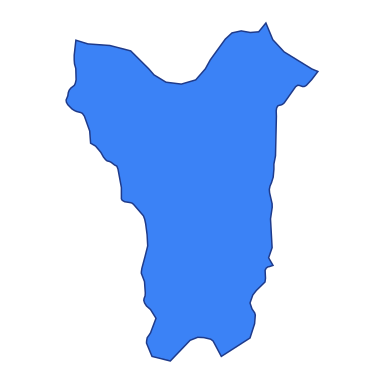 an SVG outline of Lhuntshi
{"feature_id": "BTN-2483", "entity_name": "Lhuntshi", "entity_type": "District", "adm_level": 1, "iso_a3": "BTN", "parent_name": "Bhutan", "parent_adm1": "", "projection": "equal_earth", "projection_center": [91.057, 27.736], "detail": "fine", "context": "isolated", "style": "filled", "palette": "blue", "viewbox_px": 384, "rotation_deg": 0, "n_neighbors": 0, "source": "natural_earth", "source_scale": "10m", "svg_char_len": 1686}
<svg xmlns="http://www.w3.org/2000/svg" viewBox="0 0 384 384"><path d="M75.9,40.2L87.8,43.9L109.9,45.5L130.7,50.9L148.8,68.9L154.0,74.9L166.0,82.2L181.3,84.1L195.7,79.9L205.3,68.9L210.4,59.7L225.3,39.1L232.0,32.9L241.2,30.9L250.3,32.5L258.7,31.8L265.9,23.0L272.8,39.7L284.1,51.9L311.7,68.9L317.9,71.5L311.7,79.6L306.4,85.3L304.6,86.4L302.8,86.6L299.3,85.4L297.7,85.3L295.6,86.7L284.2,102.9L282.5,104.3L280.9,105.0L279.2,105.3L277.7,106.0L276.6,108.1L276.2,110.9L276.4,116.4L275.5,155.8L273.9,164.0L273.9,169.2L273.2,177.1L271.5,182.6L270.0,186.1L269.3,189.5L269.6,192.9L272.1,203.7L272.2,207.3L270.5,218.9L272.1,247.7L268.6,257.8L273.0,265.4L269.4,266.6L267.9,266.9L266.2,268.1L265.1,270.3L265.5,278.2L265.0,282.0L256.4,290.4L252.8,295.0L250.0,303.0L252.0,308.9L254.7,312.9L255.3,315.1L254.6,323.7L250.0,338.0L221.3,356.4L213.1,341.0L210.7,339.2L203.9,337.6L197.7,337.3L190.1,340.3L170.3,361.0L152.0,356.4L146.5,343.1L146.6,340.9L147.2,337.7L148.8,335.5L150.5,332.9L156.0,318.3L150.5,309.5L146.5,306.0L144.6,303.0L143.8,300.4L144.1,298.4L145.1,295.9L145.3,293.0L144.5,281.6L141.3,273.2L141.4,271.4L141.9,268.2L145.2,255.9L147.7,245.9L147.1,234.8L145.7,224.0L144.7,219.2L143.4,215.8L133.5,204.3L131.8,203.0L130.2,202.6L124.6,201.7L122.2,200.3L121.4,198.8L121.4,187.6L118.0,169.1L116.8,166.1L114.6,165.0L111.1,162.3L109.5,161.5L107.1,160.9L105.6,159.7L103.5,157.1L100.8,152.3L95.6,146.1L90.6,143.2L89.7,131.0L84.4,116.2L82.4,113.4L80.6,112.5L76.6,111.5L74.4,110.5L71.9,108.9L67.8,104.7L66.4,102.2L66.1,100.0L67.8,95.9L68.3,92.6L69.2,90.2L70.8,88.1L74.3,85.4L75.3,83.3L76.1,79.8L75.8,68.5L74.5,63.9L74.2,60.0L74.2,55.2L75.9,40.2Z" fill="#3b82f6" stroke="#1e3a8a" stroke-width="1.5"/></svg>